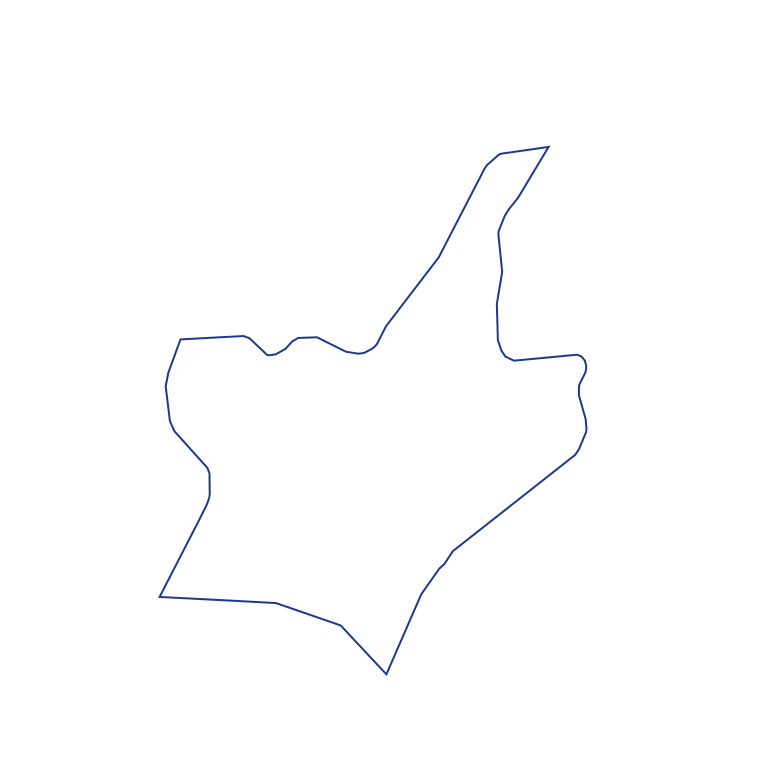 the border of Barking and Dagenham, rotated 22°
{"feature_id": "GBR-2060", "entity_name": "Barking and Dagenham", "entity_type": "London Borough", "adm_level": 1, "iso_a3": "GBR", "parent_name": "United Kingdom", "parent_adm1": "", "projection": "mercator", "projection_center": [0.139, 51.548], "detail": "fine", "context": "isolated", "style": "outline", "palette": "blue", "viewbox_px": 768, "rotation_deg": 22, "n_neighbors": 0, "source": "natural_earth", "source_scale": "10m", "svg_char_len": 981}
<svg xmlns="http://www.w3.org/2000/svg" viewBox="0 0 768 768"><g transform="rotate(22 384 384)"><path d="M447.8,102.5L438.5,161.2L434.1,175.9L433.0,183.1L433.0,198.4L433.7,201.8L451.6,235.8L458.6,267.4L473.2,300.8L480.4,309.1L486.2,313.1L495.7,313.7L552.1,284.5L556.6,284.5L561.4,287.0L564.6,291.3L565.8,294.4L566.4,297.9L565.4,310.5L565.6,312.9L569.0,321.5L584.1,341.0L588.5,349.7L589.4,352.8L589.2,371.2L587.8,378.1L510.5,513.1L507.4,528.2L504.4,534.6L497.3,565.1L495.0,652.3L434.3,624.1L365.9,627.6L337.5,637.3L255.7,665.5L263.3,582.2L264.9,562.3L264.6,555.2L263.8,551.7L255.7,532.3L251.6,527.9L207.4,506.3L199.4,498.6L182.4,467.8L179.8,454.3L178.6,418.9L235.6,392.2L242.0,391.9L264.6,400.8L266.6,400.5L272.4,397.1L279.4,388.5L282.9,379.0L287.1,373.5L304.3,365.8L336.7,368.3L348.9,365.5L354.0,362.6L360.0,355.4L361.7,352.2L362.6,348.8L364.2,329.8L387.3,246.1L396.6,146.3L397.5,142.5L404.2,129.0L405.8,126.9L447.8,102.5Z" fill="none" stroke="#1e3a8a" stroke-width="2"/></g></svg>